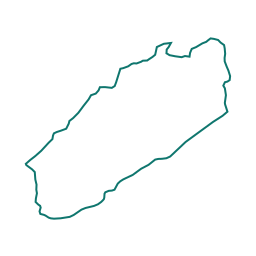 map outline of West Bosnia (orthographic projection), rotated 278°
{"feature_id": "BIH-2224", "entity_name": "West Bosnia", "entity_type": "Canton", "adm_level": 1, "iso_a3": "BIH", "parent_name": "Bosnia and Herzegovina", "parent_adm1": "", "projection": "orthographic", "projection_center": [16.924, 43.992], "detail": "fine", "context": "isolated", "style": "outline", "palette": "teal", "viewbox_px": 256, "rotation_deg": 278, "n_neighbors": 0, "source": "natural_earth", "source_scale": "10m", "svg_char_len": 1725}
<svg xmlns="http://www.w3.org/2000/svg" viewBox="0 0 256 256"><g transform="rotate(278 128 128)"><path d="M55.8,114.2L54.2,114.0L52.8,113.1L51.1,111.8L48.3,108.9L46.1,105.2L42.9,97.1L40.7,93.3L34.3,86.3L31.9,82.7L29.2,73.8L27.9,67.3L27.8,64.1L28.2,61.9L29.8,58.5L30.3,56.8L30.7,53.3L30.7,53.2L31.6,52.7L33.2,52.0L37.0,52.6L38.7,51.8L39.7,49.8L41.9,46.8L45.4,46.6L50.7,46.9L54.1,45.8L59.2,45.3L64.1,43.4L71.4,41.8L73.7,38.8L77.1,32.5L78.3,31.8L82.8,35.7L87.0,39.8L93.3,45.2L102.4,51.5L106.5,54.7L110.1,54.8L112.4,55.4L114.1,58.0L116.0,61.9L118.7,66.9L124.0,68.7L126.8,69.0L130.2,72.3L136.1,76.7L143.8,80.9L150.8,85.0L155.3,86.8L157.6,91.3L161.1,93.6L164.5,94.5L165.3,99.8L165.5,106.4L167.7,109.0L171.7,109.9L185.6,112.2L186.6,114.9L189.1,119.6L191.9,122.6L192.9,124.8L193.1,127.5L194.9,130.8L195.3,131.6L196.7,133.3L197.5,137.6L199.1,139.3L201.7,142.3L204.3,144.7L208.0,145.0L212.2,145.3L216.4,151.8L217.2,155.0L217.4,155.6L218.2,158.7L213.8,157.0L211.1,155.4L207.3,155.7L206.9,156.8L205.9,159.0L205.7,163.0L205.6,164.5L205.6,168.6L205.6,171.3L207.2,174.4L207.2,176.8L207.2,179.0L208.8,179.0L211.0,179.0L215.2,180.1L217.6,184.2L222.2,189.9L224.2,193.5L226.0,195.1L228.2,197.3L228.2,198.5L228.2,200.6L227.7,205.0L225.5,207.8L223.5,211.6L220.2,212.7L215.0,213.9L210.8,213.9L207.4,214.5L202.5,217.2L198.9,219.4L193.6,221.9L189.6,222.0L187.8,220.0L186.8,217.6L183.2,216.5L180.8,218.4L174.1,220.4L166.3,220.4L164.8,220.9L158.0,224.2L153.2,219.9L145.9,211.4L122.2,187.0L105.6,173.7L103.4,170.2L102.2,165.8L101.6,162.3L100.5,159.3L94.4,153.5L89.5,146.7L82.2,139.2L78.0,132.8L76.4,130.4L74.1,127.7L71.5,125.6L65.0,123.2L63.8,120.8L63.1,117.7L61.2,114.5L59.7,113.9L55.8,114.2Z" fill="none" stroke="#0f766e" stroke-width="2"/></g></svg>